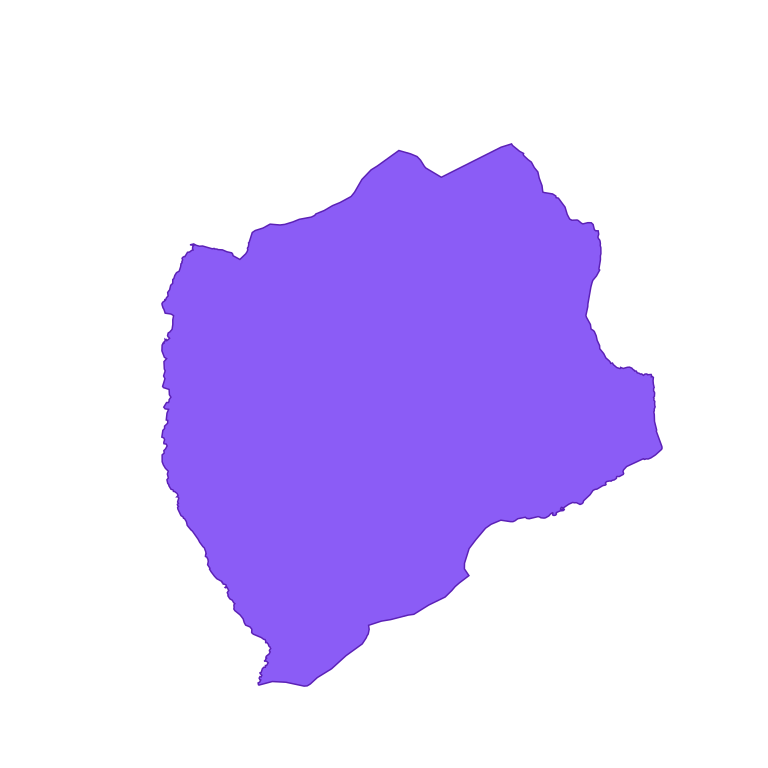 outline of Oppegård nor, Akershus, Norway, rotated 329°
{"feature_id": "86288312B19466548216946", "entity_name": "Oppegård nor", "entity_type": "district", "adm_level": 2, "iso_a3": "NOR", "parent_name": "Norway", "parent_adm1": "Akershus", "projection": "robinson", "projection_center": [10.813, 59.794], "detail": "fine", "context": "isolated", "style": "filled", "palette": "violet", "viewbox_px": 768, "rotation_deg": 329, "n_neighbors": 0, "source": "geoboundaries", "source_scale": "gbopen_adm2", "svg_char_len": 6171}
<svg xmlns="http://www.w3.org/2000/svg" viewBox="0 0 768 768"><g transform="rotate(329 384 384)"><path d="M490.0,588.2L491.9,588.6L493.4,588.3L495.0,586.9L503.7,585.0L508.3,582.9L510.5,583.0L512.5,583.8L519.1,583.8L521.9,584.7L522.7,584.3L522.7,583.2L523.0,582.7L524.6,582.3L527.2,583.2L528.9,584.3L529.9,584.1L532.0,584.8L534.6,584.6L535.5,583.4L536.1,583.3L538.0,584.5L542.5,584.7L543.3,584.2L543.8,582.1L545.1,581.0L549.5,579.7L567.5,581.6L568.1,581.8L568.1,582.5L568.6,582.9L570.3,583.2L571.7,584.3L574.7,584.8L580.2,584.6L588.3,583.0L589.3,582.2L590.0,580.7L593.1,564.7L594.0,563.9L596.6,555.4L600.0,549.3L600.9,546.8L601.8,546.3L602.8,544.6L604.7,543.2L604.7,542.6L605.8,540.3L607.2,538.3L607.0,536.8L608.1,535.3L608.1,534.4L609.4,533.9L611.2,531.3L611.6,530.4L611.5,528.9L612.8,526.7L613.7,526.3L614.9,522.7L616.3,519.8L618.3,517.1L617.9,516.0L616.9,515.5L617.8,514.4L617.9,513.4L615.1,512.0L614.6,511.7L614.5,510.8L612.8,509.9L610.8,510.2L610.1,508.1L609.0,507.7L608.3,506.3L606.8,504.8L606.9,502.9L605.5,501.9L605.7,501.4L604.9,499.7L604.6,498.0L603.1,496.0L601.2,495.0L597.1,493.9L595.4,491.7L595.0,492.3L594.2,492.3L592.0,489.8L590.6,485.6L590.6,483.7L588.9,483.1L589.2,481.7L588.9,479.9L587.6,475.9L588.0,471.1L587.1,464.9L588.6,462.1L589.2,456.4L590.7,452.0L591.3,447.5L591.1,446.2L589.8,443.5L591.6,439.3L591.9,431.1L592.4,429.2L598.5,422.7L600.0,420.4L611.3,407.4L614.7,404.1L616.4,402.7L621.8,400.8L627.6,397.4L627.4,396.4L627.7,395.8L633.5,389.0L635.5,385.6L637.0,384.1L640.1,378.8L640.7,376.6L641.8,375.1L642.8,372.7L643.0,371.4L642.7,370.0L643.0,368.2L645.2,366.2L646.5,363.0L644.4,361.7L643.8,360.1L645.4,355.0L644.7,352.5L641.8,350.7L637.0,349.2L636.1,348.0L634.7,343.9L634.0,342.9L629.4,340.4L628.1,338.2L628.4,333.0L630.3,325.6L629.2,314.5L627.5,312.9L628.1,311.3L626.4,307.9L619.9,302.4L619.0,301.2L621.6,295.4L623.1,287.4L625.1,281.5L624.3,275.9L624.6,269.7L623.0,265.8L621.4,260.1L621.5,259.1L622.4,258.3L620.1,254.4L617.0,245.7L617.0,243.9L606.3,241.3L539.6,236.3L531.1,220.4L530.7,218.3L530.6,211.0L529.5,206.1L525.4,200.5L517.0,191.5L490.4,193.7L483.2,193.8L470.4,197.3L457.6,204.4L452.5,206.3L451.1,206.3L439.8,205.8L431.8,204.6L422.1,204.5L413.3,203.1L411.3,203.8L407.7,203.5L396.2,199.2L389.2,198.1L381.2,196.1L376.7,194.1L368.7,188.3L360.6,188.0L352.7,186.1L349.1,186.3L341.4,193.1L340.5,193.3L340.2,194.3L338.4,196.5L337.3,196.9L336.7,197.6L336.4,198.8L334.9,200.0L332.5,201.2L324.6,203.0L320.7,196.3L321.2,194.7L321.0,193.1L317.5,189.8L314.6,185.8L310.8,183.2L310.5,182.5L308.2,180.8L308.2,180.3L306.4,179.6L299.6,172.3L296.7,170.8L294.5,168.4L293.0,165.9L289.4,164.8L292.5,167.2L290.9,167.7L289.8,169.0L289.3,170.8L288.2,170.4L285.2,170.7L283.4,169.9L278.9,172.3L278.4,171.8L276.6,171.8L275.6,172.3L275.3,173.9L273.6,175.2L273.4,176.0L271.9,176.4L270.0,178.8L266.5,181.8L263.5,181.7L260.6,183.2L258.0,185.5L256.8,185.6L254.7,188.9L252.0,189.5L248.8,192.8L245.7,194.1L244.3,197.3L242.0,198.0L239.9,199.5L239.5,198.9L238.7,199.8L236.6,199.9L235.2,200.6L234.6,201.7L233.8,204.9L233.8,206.7L232.9,210.6L237.2,214.1L238.2,215.6L238.8,217.1L236.0,220.2L233.7,224.1L230.5,228.0L227.1,229.1L225.3,229.1L223.4,231.0L223.2,232.3L223.7,233.4L223.8,234.4L220.2,235.0L220.2,233.6L219.5,233.7L219.3,233.0L218.7,234.1L217.7,234.7L216.8,234.7L216.5,235.6L215.4,235.2L215.1,235.8L213.9,236.3L210.7,241.2L209.5,248.0L210.7,250.3L206.9,251.5L203.4,258.0L203.2,260.0L199.2,263.6L199.0,266.6L193.0,272.0L193.1,273.5L197.0,278.0L194.5,282.7L194.6,285.5L191.7,286.8L191.0,287.9L189.8,288.9L188.1,287.9L183.3,290.4L183.6,292.6L186.3,294.8L183.0,297.2L178.8,302.7L179.9,303.8L178.3,306.2L174.2,307.1L172.9,309.2L170.6,309.8L166.2,315.1L167.5,316.9L167.2,318.8L165.2,320.6L164.6,321.8L166.4,323.4L166.2,325.4L163.3,327.1L161.0,327.7L160.0,330.0L157.3,330.5L153.8,336.4L153.2,339.7L153.2,343.7L154.2,347.6L151.9,349.6L150.8,353.4L148.6,354.3L147.4,357.9L147.7,359.5L147.2,360.4L147.2,364.5L148.5,366.0L148.6,367.0L148.2,367.6L149.2,368.5L150.3,371.3L150.1,373.4L148.4,374.0L149.2,374.4L149.3,376.1L146.3,378.8L146.3,380.4L144.9,380.7L144.6,381.8L144.8,383.0L143.5,383.5L142.9,385.1L142.2,392.2L143.3,394.5L143.0,395.8L143.7,396.7L143.7,400.3L142.5,403.9L143.4,409.8L144.0,411.4L144.7,421.5L144.5,424.7L145.0,430.1L145.6,431.8L144.7,436.4L144.1,437.3L144.2,437.9L143.1,438.5L142.1,439.9L142.9,441.0L142.8,443.6L141.9,445.7L139.7,448.1L139.9,452.3L139.1,452.8L139.1,456.0L139.7,461.7L140.4,464.8L143.3,469.8L142.9,470.8L143.3,471.2L143.1,472.7L144.3,473.6L145.1,475.0L144.6,476.2L143.0,476.5L143.3,477.1L144.8,477.5L144.5,481.0L142.2,482.1L141.8,484.5L141.1,485.2L141.2,488.7L142.6,491.3L142.5,494.0L143.0,495.5L141.5,496.1L140.4,498.4L139.4,499.5L139.4,501.4L141.7,507.8L142.3,512.7L141.3,516.7L141.2,519.4L144.0,523.2L144.4,526.1L142.5,529.0L143.1,531.1L148.2,538.1L149.4,540.9L150.4,541.8L150.2,543.6L149.5,544.3L149.5,545.0L150.5,545.4L150.8,547.9L150.4,548.8L150.4,549.9L150.8,550.4L150.6,552.5L149.0,553.0L148.3,553.7L148.5,555.0L146.5,556.2L143.0,556.7L142.0,557.4L142.2,558.5L141.1,558.7L140.4,559.5L138.4,560.0L139.4,560.2L140.6,561.4L141.1,563.3L138.4,564.8L137.4,564.2L136.4,565.7L135.0,564.9L133.1,565.4L130.1,568.0L129.1,567.6L128.7,568.4L129.3,570.7L127.9,571.8L127.0,570.9L125.5,571.8L125.3,573.4L125.9,574.2L123.9,575.5L122.1,575.4L121.5,577.1L121.8,577.7L135.0,581.5L146.3,589.1L159.9,601.8L162.7,603.2L166.3,603.2L175.6,601.3L192.4,601.1L211.5,597.3L231.5,595.6L238.1,592.4L239.8,591.1L241.7,590.2L244.9,586.7L246.5,582.9L259.6,585.9L268.4,589.4L285.6,594.5L291.0,596.8L308.5,596.5L326.7,598.1L335.9,595.9L340.6,594.3L346.2,593.3L358.1,592.0L357.7,583.9L360.7,579.1L372.2,568.9L382.7,564.7L396.8,559.9L403.6,559.4L414.0,560.9L421.5,567.1L423.6,568.4L425.9,568.7L429.3,568.4L436.5,571.0L437.2,572.8L439.1,574.3L447.7,577.0L448.8,578.0L449.6,579.5L452.2,581.4L453.6,581.9L457.3,582.0L459.7,581.2L462.0,581.1L462.3,581.6L461.2,583.0L461.3,583.6L462.1,584.3L463.6,584.8L464.9,584.2L465.0,583.4L465.6,583.0L469.6,583.5L472.4,584.8L473.7,584.6L474.0,584.3L473.6,583.6L470.9,582.8L470.8,582.3L471.1,581.9L472.5,581.1L474.0,582.6L480.4,582.2L484.7,582.7L486.0,583.9L487.8,584.8L490.0,588.2Z" fill="#8b5cf6" stroke="#5b21b6" stroke-width="1.5"/></g></svg>